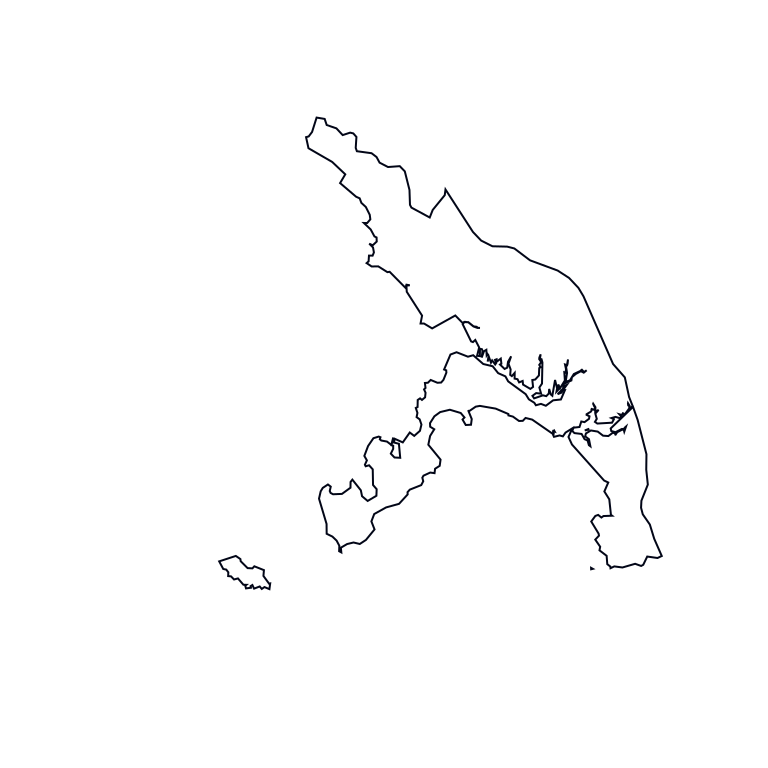 the district of Hibiscus and Bays Local Board Area, Auckland, New Zealand, rotated 156°
{"feature_id": "76426892B59525679970548", "entity_name": "Hibiscus and Bays Local Board Area", "entity_type": "district", "adm_level": 2, "iso_a3": "NZL", "parent_name": "New Zealand", "parent_adm1": "Auckland", "projection": "equal_earth", "projection_center": [174.744, -36.648], "detail": "fine", "context": "isolated", "style": "outline", "palette": "ink", "viewbox_px": 768, "rotation_deg": 156, "n_neighbors": 0, "source": "geoboundaries", "source_scale": "gbopen_adm2", "svg_char_len": 6169}
<svg xmlns="http://www.w3.org/2000/svg" viewBox="0 0 768 768"><g transform="rotate(156 384 384)"><path d="M165.8,261.8L195.0,251.2L195.5,248.6L192.1,245.8L185.0,246.2L183.2,245.3L181.8,246.2L180.2,246.7L183.9,242.7L183.6,244.6L185.1,245.4L190.6,245.1L193.7,243.1L192.5,244.8L194.9,246.4L200.2,245.2L204.9,247.7L208.1,253.6L213.9,257.4L219.7,256.7L221.5,254.3L219.2,250.2L220.8,243.2L221.7,244.8L221.0,249.6L223.2,252.0L223.8,258.0L230.0,261.7L231.1,264.6L228.6,267.0L222.9,265.2L219.0,269.5L216.3,267.6L210.9,268.8L209.4,270.9L211.5,273.4L211.2,274.0L206.3,274.6L204.4,275.9L205.0,277.3L202.5,274.9L200.7,276.7L201.0,278.1L201.0,280.8L200.9,280.9L200.3,276.8L202.2,273.0L198.5,273.0L203.0,271.0L203.8,265.6L206.7,263.6L205.2,261.1L191.4,255.9L188.3,258.3L190.1,260.4L185.9,259.8L182.1,256.6L180.5,258.1L181.3,260.6L179.4,259.0L176.9,260.6L177.9,259.5L176.2,258.4L169.9,262.0L168.9,263.9L169.6,265.1L169.1,266.9L168.9,267.2L168.5,264.0L169.9,261.3L165.8,262.7L165.4,272.4L161.3,292.1L166.6,309.1L166.1,383.0L167.3,392.8L171.8,405.6L179.2,417.0L200.3,437.6L209.8,454.8L215.6,459.4L228.9,465.7L236.9,475.5L240.9,486.7L248.7,536.7L251.7,531.8L268.7,523.2L274.5,517.5L287.2,534.0L287.4,537.1L281.8,550.9L278.5,569.8L281.0,576.6L292.1,580.6L298.0,588.0L298.5,594.4L301.5,599.9L314.1,607.7L313.8,611.2L308.7,620.9L310.1,625.4L312.7,627.4L320.5,628.2L323.5,636.9L331.0,643.9L330.4,650.3L337.2,654.8L347.2,643.5L352.1,640.8L354.8,641.2L357.1,630.1L341.0,607.9L334.1,591.3L342.4,585.4L333.3,566.4L330.7,563.5L331.0,558.7L328.6,553.1L328.2,544.4L329.5,540.0L333.9,537.9L336.9,539.3L333.3,530.6L332.7,522.7L331.2,520.9L332.7,517.1L337.9,515.3L340.4,518.2L338.5,513.2L339.7,508.3L342.2,505.9L345.5,507.4L348.2,502.3L350.7,501.5L347.5,496.4L341.4,493.8L335.4,484.8L333.2,484.2L325.3,463.2L323.1,465.6L320.3,463.7L323.5,464.8L325.7,459.0L321.4,431.0L326.0,424.4L322.8,422.9L317.4,415.2L291.0,417.6L287.3,407.6L285.4,408.1L284.4,407.7L282.9,406.7L281.8,406.2L278.7,400.2L276.1,398.6L275.5,397.2L273.5,396.2L275.8,397.2L278.9,400.2L281.9,406.1L285.4,407.9L287.8,406.6L287.1,387.5L285.7,386.1L282.7,387.1L282.2,378.7L287.5,371.9L285.1,370.5L282.0,377.1L280.4,376.0L280.5,374.3L284.0,368.4L279.3,373.3L276.6,373.6L278.4,368.8L277.4,369.6L277.3,366.7L280.2,362.3L277.1,366.3L277.6,360.0L275.6,361.6L274.5,356.6L273.0,357.5L272.8,360.9L271.1,360.8L272.0,358.5L267.0,359.7L268.5,354.8L270.1,354.6L267.7,348.7L264.8,348.8L261.7,353.8L256.6,357.6L262.0,351.9L262.4,345.8L265.0,341.0L264.0,339.2L260.1,341.0L262.5,335.8L260.1,334.1L259.9,330.5L256.1,330.4L257.2,326.9L252.3,320.0L249.0,320.7L246.9,327.3L244.0,326.6L239.0,328.8L235.7,335.4L234.2,335.6L234.4,338.3L231.5,340.1L232.1,343.6L231.3,345.0L228.8,347.4L231.4,343.5L230.0,342.6L230.5,339.3L239.5,320.1L243.5,317.6L244.4,311.3L248.7,313.8L253.2,312.8L252.7,309.8L243.4,309.0L240.7,306.9L237.3,308.3L235.1,312.3L235.9,306.7L235.0,304.8L226.1,318.1L227.7,309.5L229.5,306.9L226.4,308.2L226.0,310.1L225.0,312.7L224.8,308.6L217.3,313.7L214.5,321.4L213.6,320.5L211.7,323.5L210.7,328.2L209.2,326.8L205.9,331.6L208.0,327.9L209.2,326.5L210.6,325.9L212.3,319.6L217.2,312.1L212.7,311.7L206.5,315.9L197.9,316.1L197.7,317.3L196.4,313.6L193.3,314.1L196.9,313.1L198.9,315.6L204.6,315.2L209.6,313.8L211.4,311.0L219.7,311.0L222.4,306.9L229.5,304.1L225.4,303.9L219.5,308.8L217.4,308.8L223.2,305.5L221.2,304.8L228.7,297.9L236.1,300.3L245.0,298.3L248.7,302.0L253.9,302.8L254.3,305.7L257.9,311.1L258.7,317.1L269.5,335.9L270.0,341.6L275.3,347.5L277.5,356.0L285.2,361.9L290.8,374.0L296.2,374.8L304.8,383.5L311.3,383.9L323.2,372.8L321.6,371.2L322.4,369.0L328.0,363.6L331.2,362.1L334.7,363.4L339.7,368.7L343.4,367.3L346.2,368.3L347.7,363.5L349.6,362.8L349.6,359.1L351.9,355.1L355.8,354.0L356.9,356.2L359.7,355.7L362.7,349.3L364.7,349.2L365.2,344.0L367.7,340.5L365.8,337.2L366.3,331.7L370.2,326.6L377.5,324.3L380.2,329.2L390.6,323.0L396.5,329.6L398.7,326.5L394.7,323.3L399.2,310.0L404.3,312.6L406.1,317.6L402.0,321.0L400.7,323.9L402.1,325.0L397.3,331.4L402.1,325.4L404.7,330.2L409.5,333.5L410.3,335.2L408.9,336.8L410.2,338.1L415.7,338.8L423.8,333.8L431.2,326.3L430.7,321.2L434.3,318.0L434.2,316.3L430.7,315.8L429.0,310.6L435.1,296.2L433.5,290.9L436.4,285.0L446.5,283.8L449.7,290.4L448.4,296.3L451.8,309.5L454.4,308.1L456.8,302.9L467.1,300.7L475.4,304.0L477.1,306.2L477.1,308.3L474.4,311.9L476.1,315.0L482.2,314.0L485.5,311.7L490.0,305.7L493.4,279.5L497.3,270.5L493.2,265.6L491.0,260.2L490.6,254.4L493.0,249.5L491.5,247.5L490.0,252.0L482.8,252.8L476.3,251.6L471.2,247.7L463.9,248.9L451.8,255.0L451.4,263.6L445.8,269.2L432.3,270.4L419.0,268.4L407.3,273.5L406.5,275.6L403.4,277.0L391.1,276.5L387.7,279.2L387.1,282.8L385.2,284.2L377.8,284.3L374.1,282.0L371.8,285.8L366.4,286.6L363.1,291.9L368.2,310.5L363.0,317.8L356.5,322.2L359.2,326.2L357.9,329.5L351.1,334.0L344.1,335.5L334.3,333.7L325.7,326.3L324.1,320.7L326.7,319.6L326.0,313.3L321.1,311.4L318.1,316.3L317.8,325.9L317.6,324.5L309.4,326.0L305.3,325.0L292.0,316.1L282.6,306.0L283.1,304.7L279.5,301.8L275.7,295.3L272.2,293.9L268.5,295.4L263.1,291.2L250.1,269.8L249.3,269.6L248.8,272.0L247.5,272.4L247.4,271.1L248.4,272.0L249.1,269.7L250.2,268.8L250.2,266.6L244.5,265.6L241.9,263.4L237.9,265.8L230.0,266.9L237.0,260.6L236.9,252.3L222.2,206.3L219.2,202.8L226.4,196.2L225.1,187.0L229.9,172.2L229.2,170.9L237.2,174.1L239.7,173.6L241.6,177.3L244.6,177.5L250.6,174.1L248.8,160.0L249.3,158.0L254.3,155.9L252.7,147.4L254.8,144.4L250.5,136.5L253.3,128.6L251.5,125.2L252.0,123.6L247.8,123.7L240.8,119.4L227.7,117.6L223.1,113.2L220.7,113.4L213.7,119.3L204.9,113.8L200.2,113.9L200.1,132.7L198.3,147.5L200.6,159.7L199.5,166.4L196.3,172.7L183.9,184.8L179.3,199.0L172.8,213.1L166.9,248.0L165.8,261.8ZM575.8,247.1L572.1,243.2L569.1,248.1L570.2,248.3L572.2,257.7L569.4,262.8L576.6,270.2L579.2,269.1L583.5,271.3L587.0,280.4L586.4,282.5L589.3,287.2L606.7,289.0L606.1,280.4L603.6,278.6L602.8,275.3L604.5,271.9L602.0,270.5L600.5,266.4L596.5,265.8L594.1,257.8L591.4,256.5L592.8,256.1L593.2,253.4L588.4,252.0L588.1,253.6L586.0,253.9L585.9,249.9L579.9,249.6L579.0,246.5L575.8,247.1ZM219.5,259.9L216.1,259.2L214.8,259.7L219.5,259.9ZM269.6,131.8L270.1,130.5L268.4,130.2L269.6,131.8Z" fill="none" stroke="#020617" stroke-width="2"/></g></svg>